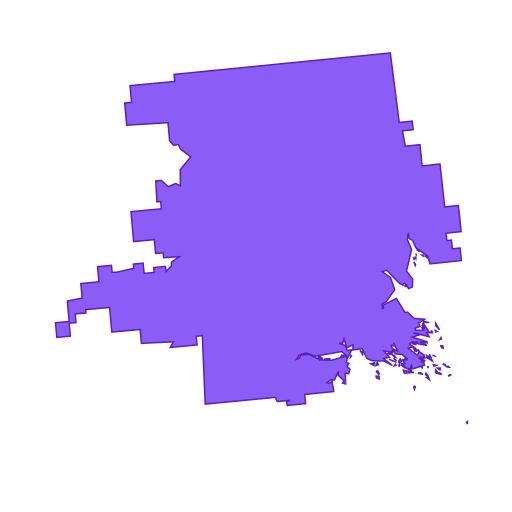 Derby-West Kimberley, Western Australia, Australia (Albers equal-area conic projection), rotated 174°
{"feature_id": "25037944B76695994650709", "entity_name": "Derby-West Kimberley", "entity_type": "district", "adm_level": 2, "iso_a3": "AUS", "parent_name": "Australia", "parent_adm1": "Western Australia", "projection": "albers", "projection_center": [123.97, -17.504], "detail": "fine", "context": "isolated", "style": "filled", "palette": "violet", "viewbox_px": 512, "rotation_deg": 174, "n_neighbors": 0, "source": "geoboundaries", "source_scale": "gbopen_adm2", "svg_char_len": 6064}
<svg xmlns="http://www.w3.org/2000/svg" viewBox="0 0 512 512"><g transform="rotate(174 256 256)"><path d="M101.2,443.9L318.5,445.2L318.6,438.1L363.5,438.6L363.7,421.8L370.6,421.9L370.9,399.6L329.6,397.8L329.9,379.6L326.3,374.7L321.4,374.9L320.1,370.4L310.5,361.4L322.3,349.9L323.9,333.7L328.3,336.5L336.0,334.1L342.3,341.1L347.8,341.2L348.9,320.2L345.1,320.1L345.2,312.8L375.7,313.2L376.2,283.1L355.4,282.9L355.6,269.0L348.0,268.9L348.1,264.0L332.3,263.3L340.8,258.7L341.1,255.1L347.1,250.1L347.2,255.1L359.0,255.2L359.0,250.3L369.1,250.4L369.0,260.7L378.8,260.8L378.9,256.5L396.8,254.4L400.8,254.9L400.7,261.8L414.7,262.0L414.9,246.8L433.1,246.9L433.3,232.3L448.3,231.0L448.7,210.4L462.4,210.6L462.6,195.9L449.0,195.7L448.8,208.7L442.0,208.6L441.8,217.3L431.1,217.1L431.0,220.5L407.0,220.1L407.4,195.4L378.9,195.0L379.1,181.1L347.1,179.3L350.8,174.0L323.9,173.7L323.8,182.4L317.7,182.4L322.0,114.0L251.6,113.4L250.1,109.0L237.3,108.9L240.7,107.7L240.7,104.1L222.1,104.0L222.1,113.2L192.8,113.1L193.5,123.9L196.1,121.7L198.8,122.5L194.4,125.3L190.9,124.5L186.1,132.7L186.7,128.8L181.6,122.9L183.3,120.6L180.3,119.4L179.4,130.1L176.2,129.2L174.4,133.6L177.0,136.9L174.9,139.3L177.2,140.9L175.8,145.2L177.3,147.0L191.8,144.4L202.9,145.9L213.9,152.7L221.7,152.7L223.5,149.8L226.6,149.0L223.2,153.1L216.2,154.4L207.6,150.2L180.7,152.0L175.1,145.9L170.5,152.8L175.2,152.4L176.5,157.6L182.4,160.3L178.9,160.3L177.1,164.6L175.3,155.3L168.9,157.5L169.4,152.4L160.1,152.7L156.3,142.4L151.2,139.7L139.9,138.2L131.8,133.0L139.9,140.7L133.9,141.3L138.8,148.2L134.6,147.2L129.4,141.9L132.4,146.4L129.6,145.6L131.7,147.5L129.4,146.6L130.9,153.1L127.9,152.2L128.2,155.4L125.1,146.6L128.7,148.8L127.8,144.1L121.4,143.0L116.4,138.0L116.6,137.1L119.7,136.9L120.3,137.9L120.2,136.1L121.5,138.0L119.2,133.6L123.1,133.9L121.5,132.9L119.1,129.3L112.9,125.3L115.3,128.0L113.0,127.7L113.9,129.0L112.8,131.1L112.1,127.4L100.0,129.7L100.3,133.1L103.7,133.6L100.3,133.6L105.1,137.9L101.4,136.4L103.5,138.1L99.0,138.0L99.1,139.9L103.5,143.7L106.1,140.6L114.2,148.4L109.4,149.4L108.9,147.5L106.3,146.9L112.5,152.4L109.6,154.4L106.3,153.2L105.6,153.8L104.4,153.4L103.4,151.5L95.3,149.2L102.0,153.6L94.8,151.7L95.0,152.9L109.1,159.0L102.1,160.4L107.6,163.3L92.2,157.6L94.3,161.9L87.7,161.1L91.7,162.2L95.6,169.7L96.2,166.7L98.4,167.3L96.9,164.7L105.0,165.5L105.4,167.4L100.3,168.8L101.3,172.3L94.9,175.5L105.3,177.4L111.1,184.3L113.8,184.4L120.8,199.1L134.7,193.7L134.7,191.0L135.8,190.6L135.5,195.2L131.1,197.1L121.5,208.1L124.5,220.5L132.2,227.3L127.5,228.2L116.5,214.2L113.2,211.8L111.0,213.4L109.2,211.5L107.7,207.6L103.7,208.9L102.6,216.6L107.9,225.2L100.6,246.2L103.8,256.6L102.1,263.1L101.7,257.4L98.7,255.2L96.1,247.4L85.1,237.8L83.8,230.0L52.2,230.0L52.2,242.6L59.9,242.6L60.0,251.4L64.6,251.4L64.6,258.8L49.4,258.8L49.4,276.4L49.5,285.1L63.2,285.1L63.4,328.3L81.4,328.2L81.3,349.6L96.0,349.6L97.3,365.2L86.5,365.2L86.5,373.8L99.6,373.8L101.2,443.9ZM111.1,123.7L121.5,127.1L120.7,123.9L111.1,123.7ZM91.5,133.0L93.6,140.1L94.2,136.8L97.4,137.7L91.5,133.0ZM81.2,163.4L84.4,170.4L84.6,168.0L81.2,163.4ZM90.7,171.6L95.9,173.6L97.5,170.8L95.3,172.9L90.7,171.6ZM130.6,137.4L134.5,139.4L127.4,135.4L130.6,137.4ZM146.3,123.4L149.1,124.1L149.1,122.3L146.2,120.8L146.3,123.4ZM162.4,151.3L160.9,148.2L160.1,146.0L160.2,149.2L162.4,151.3ZM97.2,118.7L99.7,122.3L99.0,120.4L100.3,120.5L97.2,118.7ZM98.2,230.7L99.6,233.7L98.7,229.8L98.2,230.7ZM123.4,138.6L125.0,136.5L125.0,135.1L124.6,134.3L122.1,136.3L123.4,138.6ZM149.4,137.5L150.3,137.4L150.2,136.9L153.1,136.8L150.2,134.8L149.4,137.5ZM148.6,128.8L146.3,125.3L145.6,126.4L148.6,128.8ZM107.3,122.6L102.2,120.8L104.9,122.9L107.3,122.6ZM195.1,145.5L192.7,146.2L199.0,146.4L195.1,145.5ZM96.5,114.8L97.2,117.9L99.2,117.5L96.5,114.8ZM204.5,149.3L204.5,147.3L201.6,148.1L202.5,148.9L204.5,149.3ZM127.0,137.1L129.6,140.0L129.3,139.0L127.0,137.1ZM81.6,147.4L80.9,145.3L79.5,144.7L79.6,147.1L81.6,147.4ZM96.7,139.4L96.6,138.2L95.3,137.6L94.8,137.6L96.7,139.4ZM84.4,125.3L87.4,125.6L85.0,123.4L84.4,125.3ZM89.2,123.9L89.6,121.3L88.3,120.4L87.6,121.5L89.2,123.9ZM130.0,132.3L128.2,132.7L128.6,133.8L130.0,132.3ZM78.4,126.9L80.5,129.2L81.0,128.7L78.4,126.9ZM119.2,128.7L121.0,132.1L122.5,132.1L119.2,128.7ZM82.0,153.6L80.3,154.1L80.6,155.5L82.0,153.6ZM104.2,145.6L106.1,145.8L103.7,144.1L104.2,145.6ZM96.3,126.5L96.6,128.6L96.8,127.3L96.3,126.5ZM90.4,127.8L88.0,128.5L91.0,129.3L90.4,127.8ZM109.6,211.1L111.2,210.7L110.0,209.9L109.6,211.1ZM97.1,168.0L96.8,170.5L98.0,169.7L97.1,168.0ZM85.9,237.9L87.8,238.2L85.7,236.3L85.9,237.9ZM202.0,147.5L202.8,146.3L201.0,146.9L202.0,147.5ZM64.0,68.6L63.2,66.8L63.0,69.3L64.0,68.6ZM112.3,106.9L111.2,109.2L111.7,110.0L112.8,109.3L112.3,106.9ZM179.3,148.0L181.2,148.5L182.1,146.8L179.3,148.0ZM102.4,126.7L102.4,128.0L103.2,128.5L102.4,126.7ZM77.5,116.4L74.2,117.3L75.8,117.6L77.5,116.4ZM83.7,162.1L85.6,163.2L85.3,161.7L83.7,162.1ZM108.2,146.0L108.0,144.9L105.7,144.4L108.2,146.0ZM105.6,151.0L108.0,152.7L109.6,152.8L109.2,152.3L105.6,151.0ZM88.9,138.0L89.3,138.5L90.9,138.7L88.9,138.0ZM89.8,239.5L91.0,239.6L89.7,238.5L89.8,239.5ZM84.4,119.8L87.1,121.2L86.4,120.4L84.4,119.8ZM99.1,134.5L101.8,136.0L98.8,134.0L99.1,134.5ZM124.8,133.3L125.2,132.9L125.5,130.9L124.6,132.3L124.8,133.3ZM116.8,137.6L118.1,138.8L118.7,138.2L116.8,137.6ZM104.8,152.4L105.6,153.7L106.1,153.0L104.8,152.4ZM127.7,140.5L129.5,143.4L128.7,140.9L127.7,140.5ZM146.1,135.8L146.7,137.3L147.4,136.8L146.1,135.8ZM133.2,144.4L135.6,145.6L132.8,143.8L133.2,144.4ZM97.1,238.2L97.9,238.2L97.3,236.9L97.1,238.2ZM93.7,244.7L94.7,244.8L93.1,243.2L93.7,244.7ZM96.2,240.1L97.0,241.7L96.2,239.6L96.2,240.1ZM98.7,136.9L100.6,137.9L101.1,136.8L98.7,136.9ZM87.6,120.0L83.4,118.8L84.3,119.3L86.7,120.0L87.6,120.0ZM77.9,126.0L76.2,125.1L75.4,125.1L76.5,126.3L77.9,126.0ZM90.0,163.2L89.3,162.6L88.2,162.8L90.0,163.2ZM172.6,145.5L171.5,146.4L172.1,147.2L172.6,145.5ZM98.6,236.8L99.4,237.3L99.1,236.2L98.6,236.8ZM146.1,128.9L147.6,129.0L147.2,128.4L146.1,128.9ZM147.7,135.6L148.3,134.6L146.7,134.9L147.7,135.6Z" fill="#8b5cf6" stroke="#5b21b6" stroke-width="1.5"/></g></svg>